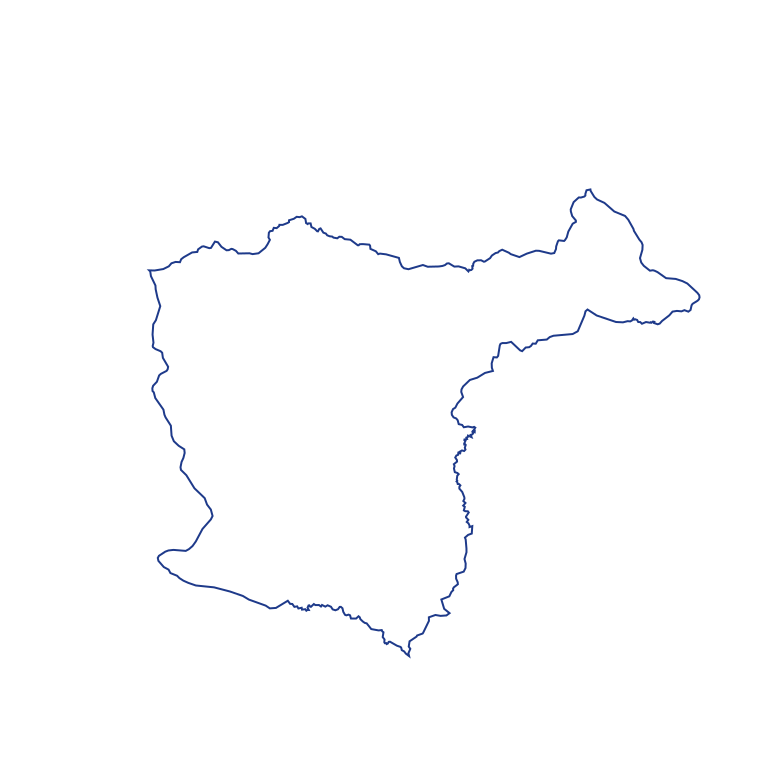 Riosucio, Caldas, Colombia (orthographic projection), rotated 292°
{"feature_id": "7082276B83687707691324", "entity_name": "Riosucio", "entity_type": "district", "adm_level": 2, "iso_a3": "COL", "parent_name": "Colombia", "parent_adm1": "Caldas", "projection": "orthographic", "projection_center": [-75.735, 5.434], "detail": "fine", "context": "isolated", "style": "outline", "palette": "blue", "viewbox_px": 768, "rotation_deg": 292, "n_neighbors": 0, "source": "geoboundaries", "source_scale": "gbopen_adm2", "svg_char_len": 6154}
<svg xmlns="http://www.w3.org/2000/svg" viewBox="0 0 768 768"><g transform="rotate(292 384 384)"><path d="M401.4,123.7L400.8,125.1L396.7,127.5L389.7,135.2L386.3,136.8L379.2,141.6L372.4,147.4L357.7,148.6L352.9,147.7L343.1,150.9L335.9,154.8L332.6,155.3L331.6,156.0L330.8,159.1L330.7,164.6L329.9,166.6L325.4,169.2L319.1,177.4L316.5,177.9L314.7,177.5L309.8,173.3L307.7,172.3L301.0,172.6L295.9,170.6L293.3,170.8L290.8,172.0L290.0,173.7L285.3,177.2L277.6,189.1L273.3,191.9L271.2,194.0L265.5,202.0L256.5,206.4L252.2,210.6L249.8,216.8L248.6,223.3L245.4,225.0L240.3,225.7L235.9,225.5L230.6,226.5L228.3,227.9L225.4,234.9L216.3,247.3L211.0,260.5L205.9,265.1L202.7,270.5L197.4,274.5L193.6,274.2L181.6,270.0L167.5,268.5L162.1,267.2L157.8,265.0L155.0,262.7L151.3,250.9L148.9,246.5L146.6,244.0L140.4,239.7L138.0,239.4L135.5,241.1L131.8,248.4L131.2,253.8L128.7,256.8L128.7,264.0L127.4,267.0L126.5,271.7L126.3,277.1L126.7,285.0L131.8,302.6L133.9,318.9L134.6,332.6L133.5,339.5L134.2,357.3L133.2,362.2L135.9,367.7L147.0,376.0L145.0,379.3L145.7,381.4L143.8,384.4L145.3,386.8L143.8,388.7L145.7,391.5L144.1,392.5L145.7,395.4L144.7,396.9L145.9,397.7L146.3,398.9L148.0,396.9L150.4,397.0L150.8,397.7L149.9,398.9L150.0,399.7L153.7,401.4L153.3,403.1L154.7,406.5L154.1,408.9L155.9,409.3L155.6,413.0L157.7,414.6L157.6,418.3L155.8,420.8L156.0,423.7L157.9,425.7L160.7,426.4L161.2,427.5L160.5,429.5L157.5,431.6L155.4,434.3L155.4,435.7L156.9,437.6L156.8,439.2L154.2,441.2L156.1,446.0L159.1,447.4L158.6,448.9L157.1,450.2L155.8,453.5L155.3,455.7L155.6,457.6L152.0,464.0L153.5,471.3L155.0,474.1L154.0,475.0L153.6,476.5L148.9,477.6L147.3,480.2L144.7,481.0L144.0,481.9L144.6,483.2L143.9,483.9L144.7,484.7L146.7,485.0L147.3,486.1L146.2,494.0L146.4,497.6L146.1,498.6L143.9,500.2L143.6,502.9L142.2,505.2L141.1,509.2L143.5,507.5L148.3,507.6L149.8,505.3L155.0,504.1L162.0,508.8L163.2,508.9L167.1,513.3L168.0,513.5L181.2,514.4L184.5,513.0L189.1,518.2L190.2,523.3L192.8,528.6L196.1,530.6L198.1,524.0L205.7,517.9L211.6,524.1L216.4,524.4L218.8,525.4L220.1,524.7L221.6,524.9L226.0,527.5L227.8,526.6L230.5,523.8L233.3,522.6L235.0,522.5L239.9,528.2L243.9,528.5L248.1,527.0L251.9,524.2L258.9,523.5L262.3,522.1L270.4,518.0L271.9,516.6L275.6,518.5L278.2,521.4L285.3,519.1L283.4,516.9L284.7,516.4L286.4,514.6L287.1,512.4L289.6,513.1L291.0,510.1L291.7,509.7L296.6,510.7L297.4,509.4L296.5,507.0L296.7,505.4L300.4,504.9L300.9,503.0L304.2,504.1L305.2,501.4L307.7,501.6L309.1,500.9L313.2,497.0L315.2,493.1L316.8,492.4L318.6,492.8L319.3,491.2L318.9,489.8L320.4,488.8L320.8,487.8L321.8,488.1L322.5,487.3L326.4,486.3L328.4,487.0L329.0,485.4L328.8,482.7L331.9,480.5L334.3,480.2L335.8,478.8L339.4,480.8L340.8,480.1L342.5,477.6L344.8,477.9L346.1,479.2L348.0,478.7L348.1,480.5L348.8,480.6L349.5,479.5L351.6,481.2L351.9,483.4L353.7,484.1L355.2,482.8L358.1,482.6L358.5,481.9L358.0,481.1L358.6,480.7L362.5,480.8L362.1,479.6L362.7,479.4L364.1,481.6L365.2,480.5L366.1,481.5L367.6,481.2L367.5,485.1L369.3,483.4L370.4,484.8L371.6,485.1L372.8,483.8L373.4,483.9L373.3,486.1L375.0,485.5L375.2,484.5L377.7,485.0L378.0,483.6L376.9,482.3L376.1,477.9L373.8,474.2L375.3,471.8L374.8,468.3L378.0,465.9L379.1,463.9L379.1,461.0L380.8,458.5L383.1,457.3L386.6,457.4L388.8,459.0L393.4,459.4L401.5,462.2L405.6,458.6L408.0,457.9L411.4,458.3L419.9,462.1L424.8,468.1L432.1,473.5L436.9,480.1L439.5,477.9L443.5,476.1L449.9,475.5L450.9,478.7L452.8,479.3L463.2,476.9L464.9,477.0L466.3,478.4L467.8,482.1L470.7,486.1L466.2,497.6L466.2,499.8L470.9,501.7L472.5,504.8L474.3,506.0L477.2,506.7L478.2,509.6L482.1,510.2L486.2,518.3L489.6,520.1L492.2,523.0L501.0,540.2L505.5,543.9L522.4,544.2L526.9,543.6L529.3,544.8L527.2,555.5L528.4,575.9L530.7,582.5L533.5,586.3L534.3,588.9L535.8,590.1L538.2,590.6L537.3,591.8L538.1,592.6L538.2,594.7L536.7,596.5L537.4,598.4L536.5,600.6L539.6,603.7L540.5,607.8L541.2,608.2L541.0,609.0L542.7,610.0L542.9,611.4L541.7,611.5L541.9,615.4L543.3,617.0L546.6,618.2L554.5,622.8L559.2,624.4L561.5,628.2L562.8,632.6L565.0,634.9L565.1,639.1L567.5,640.5L572.2,639.7L574.0,640.1L578.6,643.5L580.5,644.3L582.6,644.1L584.4,643.0L585.9,640.5L590.8,627.6L591.2,622.2L590.7,615.1L587.8,605.9L590.2,595.7L590.4,592.5L590.2,590.7L588.7,588.1L590.9,580.6L593.0,577.0L596.6,574.2L605.2,573.3L609.8,571.7L611.9,569.7L613.5,566.7L619.6,558.4L621.2,557.2L627.8,549.0L630.1,544.6L630.2,532.9L634.5,520.5L634.9,512.4L636.2,509.0L640.4,503.3L641.7,502.5L639.5,499.2L635.7,499.5L634.2,500.1L632.9,499.6L630.7,496.8L629.9,494.7L623.7,491.7L615.9,491.7L614.0,492.6L610.2,495.6L607.5,500.6L606.2,501.2L603.3,498.9L594.4,497.8L588.4,498.5L585.2,497.9L584.1,497.4L582.7,492.3L581.5,491.8L576.1,492.1L573.6,492.9L569.2,492.8L567.4,490.0L565.6,478.0L564.5,474.9L558.4,467.6L552.4,462.0L551.9,452.9L552.5,450.6L552.8,443.3L550.4,441.1L548.6,440.4L547.2,438.4L545.3,437.1L543.5,435.9L540.4,435.2L535.3,431.6L534.8,430.8L535.1,427.7L533.6,424.2L531.2,422.0L529.0,421.7L526.2,422.6L527.0,422.1L526.4,421.6L524.1,422.9L522.5,422.3L521.5,420.8L521.7,420.2L520.0,420.1L521.7,416.0L521.0,409.1L519.2,405.2L520.2,398.9L519.3,397.2L517.1,396.0L515.3,393.9L513.5,390.8L509.1,380.6L508.9,375.5L499.6,363.7L498.8,359.2L499.8,356.5L503.1,353.0L506.5,350.6L505.0,337.4L503.4,331.4L502.2,330.0L504.0,326.7L504.2,320.8L507.0,319.3L507.7,318.2L505.8,312.0L504.5,309.1L503.1,308.5L502.8,307.7L505.2,298.8L503.6,293.3L504.6,289.7L503.8,287.4L501.6,286.1L500.8,282.3L501.3,280.8L500.6,278.3L500.6,275.6L501.7,273.8L501.6,271.1L504.5,266.9L503.6,265.9L500.8,265.6L500.6,264.8L502.0,261.6L502.4,257.9L505.4,255.8L504.5,253.5L503.7,253.3L504.0,251.5L507.6,249.3L508.7,245.1L507.1,243.3L506.3,240.4L503.4,238.5L500.2,234.6L498.5,235.3L497.2,234.3L493.6,230.5L492.4,227.4L491.2,227.6L488.3,226.1L487.5,223.3L484.3,223.3L483.0,221.1L481.1,220.6L476.6,222.0L474.9,224.2L469.9,223.7L465.8,222.9L458.2,218.7L455.2,213.5L454.8,210.3L450.4,200.0L452.0,196.8L452.4,193.1L452.1,191.8L450.0,190.0L449.0,187.9L450.3,181.9L453.2,176.9L452.7,173.9L445.4,172.6L444.5,171.1L444.1,165.2L443.2,163.7L439.2,161.2L436.5,161.4L434.1,156.8L426.5,150.8L423.7,149.2L420.5,149.2L419.1,145.0L416.3,141.7L412.5,140.4L407.9,136.3L403.3,128.8L401.4,123.7Z" fill="none" stroke="#1e3a8a" stroke-width="2"/></g></svg>